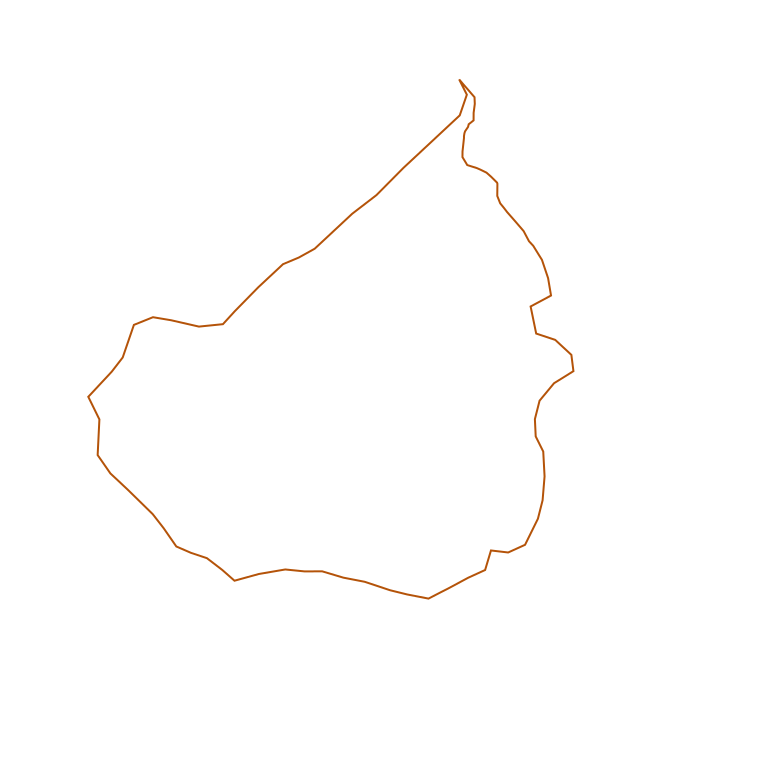 outline of Achna, Cyprus, rotated 227°
{"feature_id": "46923920B60375545574895", "entity_name": "Achna", "entity_type": "district", "adm_level": 2, "iso_a3": "CYP", "parent_name": "Cyprus", "parent_adm1": "", "projection": "equal_earth", "projection_center": [33.796, 35.043], "detail": "fine", "context": "isolated", "style": "outline", "palette": "amber", "viewbox_px": 768, "rotation_deg": 227, "n_neighbors": 0, "source": "geoboundaries", "source_scale": "gbopen_adm2", "svg_char_len": 1414}
<svg xmlns="http://www.w3.org/2000/svg" viewBox="0 0 768 768"><g transform="rotate(227 384 384)"><path d="M342.1,140.5L330.4,162.9L315.7,185.3L301.0,198.2L289.2,211.0L270.1,222.2L252.5,235.0L229.0,247.8L214.3,257.4L196.7,270.2L192.8,284.1L190.8,291.0L184.9,313.4L179.0,331.1L189.3,348.7L176.1,359.9L170.2,377.5L180.5,404.7L190.8,420.7L206.9,438.4L226.0,454.4L242.2,459.2L255.4,470.4L265.7,486.4L268.6,508.9L264.2,531.3L277.5,540.9L299.5,539.3L317.1,529.7L340.7,544.1L334.8,566.5L349.5,576.2L367.1,584.2L372.8,585.3L383.3,587.4L385.9,587.4L389.5,587.4L400.6,590.4L412.9,590.9L425.9,591.3L427.8,591.5L431.0,591.8L436.9,592.2L444.3,595.1L453.1,603.5L454.1,604.0L462.4,603.7L468.7,603.1L475.0,600.7L478.7,599.1L487.3,594.2L492.0,595.2L496.4,596.1L500.5,600.0L501.8,601.5L509.4,610.3L510.7,611.5L512.5,613.8L513.5,615.6L514.7,620.8L516.2,623.1L516.1,624.1L515.7,629.3L521.2,634.5L526.9,641.4L532.0,645.8L537.8,646.0L540.1,646.1L549.5,646.4L555.4,646.7L555.2,646.6L542.5,642.9L539.1,641.9L528.8,622.6L528.8,592.2L528.8,574.6L528.8,545.7L527.3,507.3L530.2,476.8L530.2,452.8L530.2,425.6L534.6,407.9L540.5,391.9L540.5,358.3L539.0,324.6L537.6,307.0L552.2,287.8L575.8,271.8L590.4,260.6L597.8,241.4L581.6,211.0L578.7,193.3L576.3,159.0L552.2,151.7L527.3,126.1L505.2,122.9L481.7,124.5L446.5,126.1L428.8,124.5L406.8,121.3L392.1,127.7L377.4,135.7L358.3,138.9L342.1,140.5Z" fill="none" stroke="#b45309" stroke-width="2"/></g></svg>